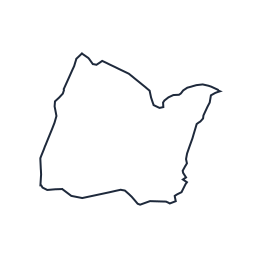 the district of As Silw, Ta`izz, Yemen, rotated 258°
{"feature_id": "15242507B98641384705731", "entity_name": "As Silw", "entity_type": "district", "adm_level": 2, "iso_a3": "YEM", "parent_name": "Yemen", "parent_adm1": "Ta`izz", "projection": "natural_earth1", "projection_center": [44.208, 13.346], "detail": "fine", "context": "isolated", "style": "outline", "palette": "slate", "viewbox_px": 256, "rotation_deg": 258, "n_neighbors": 0, "source": "geoboundaries", "source_scale": "gbopen_adm2", "svg_char_len": 2179}
<svg xmlns="http://www.w3.org/2000/svg" viewBox="0 0 256 256"><g transform="rotate(258 128 128)"><path d="M144.8,225.6L145.7,224.3L146.7,223.9L151.2,217.9L152.7,215.3L155.1,210.1L155.7,203.8L155.5,200.6L155.3,198.3L155.1,194.4L153.3,189.8L150.8,186.9L149.9,184.8L150.8,179.2L149.6,174.0L147.3,169.3L145.6,167.6L141.1,166.9L141.1,163.1L141.7,162.2L145.1,157.8L146.4,157.7L147.6,157.5L153.0,156.9L154.6,156.9L156.1,156.9L160.0,156.9L162.4,155.0L162.8,154.7L163.2,154.3L163.5,154.2L174.0,145.7L175.7,144.3L176.0,144.1L176.4,143.8L176.5,143.7L180.8,140.2L181.0,140.0L182.7,137.8L185.7,133.9L186.2,133.2L186.5,132.9L187.3,131.8L190.3,128.0L192.9,124.6L193.8,123.4L195.4,121.4L195.9,120.8L199.0,116.7L197.9,114.2L196.4,110.3L197.5,107.8L197.8,106.9L203.5,104.4L204.5,103.9L204.8,103.7L210.3,98.5L210.5,98.4L209.2,96.4L206.4,91.8L205.7,91.5L205.4,91.3L204.8,91.0L203.4,90.2L200.3,88.5L200.1,88.4L199.9,88.3L197.2,86.3L197.0,86.1L196.3,85.6L194.1,84.0L188.2,79.7L179.9,73.6L179.4,73.2L178.7,73.2L178.3,73.2L175.2,71.4L172.1,67.0L169.5,62.6L169.2,62.1L168.8,62.0L164.4,60.7L158.4,60.6L154.6,60.5L148.4,57.2L143.2,53.8L133.8,47.4L129.2,44.3L129.0,44.2L128.2,43.6L127.7,43.2L123.9,40.8L123.5,40.5L122.6,39.9L118.3,37.0L116.7,36.0L115.8,35.8L112.8,35.3L105.5,34.1L105.2,34.1L100.4,33.3L99.1,32.9L90.1,30.4L89.9,31.2L87.5,32.0L84.2,36.1L84.0,37.5L83.2,44.0L82.1,50.2L82.0,50.7L82.0,51.0L81.8,51.1L74.1,57.8L73.4,58.4L71.0,64.0L69.0,68.7L69.0,77.8L69.0,84.1L69.0,91.6L69.0,96.1L69.1,103.5L69.1,108.1L68.7,108.9L67.7,111.4L67.4,112.0L62.8,115.4L61.6,116.2L60.0,117.3L56.0,119.5L51.9,121.7L50.5,123.9L50.6,124.8L51.9,134.3L48.1,149.9L47.2,151.1L46.7,151.8L45.5,153.2L45.9,155.8L46.5,159.5L51.0,159.5L51.9,159.6L52.9,162.3L54.1,167.0L61.1,172.6L62.7,174.4L66.2,171.0L67.6,174.5L72.6,172.6L73.2,172.6L74.8,172.6L79.2,176.4L79.3,176.6L80.1,177.3L81.2,178.3L85.5,178.3L88.9,179.7L90.8,180.5L91.0,180.6L91.3,180.8L97.9,184.8L103.7,188.4L104.5,188.9L107.5,190.5L115.0,194.6L117.6,196.0L118.2,197.3L118.6,198.2L118.9,199.0L119.3,200.1L121.7,203.4L124.6,204.4L132.3,210.2L135.9,213.2L142.7,215.9L144.1,220.4L144.2,220.9L144.5,222.8L144.8,225.6Z" fill="none" stroke="#1e293b" stroke-width="2"/></g></svg>